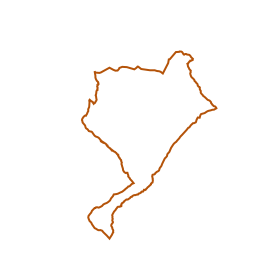 the district of Varfurile, Arad, Romania, rotated 134°
{"feature_id": "2599482B32847721384384", "entity_name": "Varfurile", "entity_type": "district", "adm_level": 2, "iso_a3": "ROU", "parent_name": "Romania", "parent_adm1": "Arad", "projection": "orthographic", "projection_center": [22.555, 46.342], "detail": "fine", "context": "isolated", "style": "outline", "palette": "amber", "viewbox_px": 256, "rotation_deg": 134, "n_neighbors": 0, "source": "geoboundaries", "source_scale": "gbopen_adm2", "svg_char_len": 5684}
<svg xmlns="http://www.w3.org/2000/svg" viewBox="0 0 256 256"><g transform="rotate(134 128 128)"><path d="M110.3,191.5L113.1,187.7L114.4,186.4L115.1,185.1L115.7,183.2L115.7,181.5L116.1,180.8L116.5,180.7L116.5,180.2L117.0,179.6L117.9,179.5L118.4,179.8L118.6,179.4L119.6,179.0L119.9,178.5L119.9,178.2L120.3,177.6L121.0,177.3L121.5,176.9L121.7,176.4L121.9,176.3L122.3,176.6L123.4,176.3L125.6,174.6L126.7,174.1L127.1,173.8L127.1,173.4L129.0,171.0L129.2,170.5L129.7,170.1L130.4,169.8L131.5,169.7L132.6,169.2L133.7,169.4L134.0,169.7L134.4,169.6L134.3,170.3L133.9,170.7L133.8,171.2L133.9,172.1L134.2,172.5L134.3,175.2L134.8,175.1L135.2,174.9L136.2,173.6L139.5,170.8L140.1,170.4L141.6,169.9L142.2,169.6L143.5,168.3L145.0,167.9L146.3,167.3L147.3,167.1L148.4,166.8L148.7,167.4L149.2,167.6L150.8,167.7L152.5,167.4L153.5,167.1L154.3,166.6L154.5,166.0L155.6,164.4L156.0,160.6L157.0,159.0L157.3,158.1L157.3,157.5L157.0,156.3L157.4,154.0L156.5,152.4L156.0,151.7L155.9,150.8L156.2,149.7L156.7,146.9L156.6,145.5L155.7,143.5L155.4,142.2L155.7,138.8L156.1,138.7L156.1,138.3L156.4,138.1L156.3,137.6L156.2,137.2L155.7,137.6L155.5,136.5L155.9,136.4L155.8,135.7L155.4,135.7L155.2,135.1L155.3,134.7L155.2,134.5L154.9,133.6L154.8,132.1L155.3,131.3L155.3,131.0L154.9,130.9L154.8,130.6L155.0,130.2L155.4,129.9L155.4,129.0L155.2,127.3L155.0,126.8L155.0,126.3L155.2,126.1L155.3,125.9L155.2,125.7L155.0,125.0L155.3,124.6L155.5,124.1L155.4,123.8L154.9,123.8L154.9,123.2L154.7,122.9L154.7,122.0L154.4,121.1L154.2,120.6L154.3,120.1L154.1,119.2L154.2,118.6L154.3,118.1L154.4,117.5L154.1,116.9L154.2,116.7L154.2,116.2L154.8,115.9L154.8,115.4L155.3,114.3L155.3,113.7L155.5,113.5L155.4,113.1L155.9,111.6L155.8,110.9L156.0,110.4L156.5,110.0L156.8,109.3L157.2,108.4L157.8,108.2L158.7,107.3L159.0,106.5L159.5,105.8L160.8,103.4L161.7,102.3L162.0,101.5L162.3,99.9L162.0,98.4L161.0,97.8L160.6,97.3L161.3,96.2L161.9,94.8L162.7,94.2L162.9,92.6L162.9,91.7L163.3,91.0L163.4,88.5L163.8,85.6L165.7,86.4L168.8,86.4L169.9,87.2L170.8,87.1L172.0,87.2L173.8,87.5L174.2,87.4L177.8,87.9L179.7,88.7L182.2,89.6L183.4,90.3L185.7,92.1L187.4,91.5L190.4,91.3L192.6,90.6L194.9,90.8L196.7,91.2L198.8,92.2L200.2,92.6L202.1,92.5L203.8,93.0L205.6,93.7L206.4,95.1L207.3,95.9L208.2,95.8L208.7,96.4L212.6,96.4L214.4,95.7L216.4,95.6L218.7,95.3L220.0,94.4L220.8,92.9L221.6,91.0L221.6,88.8L222.3,86.9L223.2,82.4L222.8,81.4L222.4,79.4L222.1,78.4L221.5,77.7L220.7,77.0L220.4,76.7L220.3,76.1L219.8,75.2L220.1,73.5L220.1,68.5L220.3,66.1L220.3,65.4L220.4,64.5L217.4,65.1L215.9,65.4L214.3,66.0L213.4,66.1L213.3,66.4L212.0,67.4L211.7,67.9L211.4,69.1L211.2,69.4L210.5,70.3L210.2,71.6L210.0,72.0L209.6,72.5L208.8,72.9L207.1,73.1L206.3,73.3L206.1,73.5L205.5,75.0L204.7,75.6L204.0,75.8L203.8,76.3L203.4,76.9L202.3,77.8L201.8,78.7L201.5,78.9L200.6,79.2L198.1,79.9L197.2,80.0L195.7,80.0L194.6,80.3L193.1,80.4L192.5,80.6L191.7,80.5L190.9,79.8L190.6,79.6L190.4,79.2L190.1,79.1L189.5,79.1L189.3,79.0L189.1,78.6L188.8,78.5L188.5,78.7L188.3,79.3L187.9,79.5L187.7,79.7L187.4,79.9L187.1,79.9L186.7,79.8L186.2,80.1L185.1,79.7L184.6,79.6L183.8,79.7L183.7,79.9L182.9,79.8L180.6,79.5L180.1,79.1L179.8,78.6L179.5,78.4L178.7,78.3L177.1,77.9L175.9,78.1L175.4,77.9L174.9,77.4L174.0,77.6L172.6,77.2L171.6,76.6L171.2,76.1L169.6,75.3L169.0,74.6L168.4,74.6L167.9,74.8L167.4,74.6L167.1,74.3L166.0,73.9L165.4,73.9L165.0,73.7L164.8,73.8L164.7,74.0L164.3,74.0L163.9,73.7L163.5,73.3L163.2,73.0L162.3,73.2L161.6,73.5L161.3,73.6L161.2,73.5L160.7,72.6L160.2,72.6L160.0,72.4L159.3,72.6L158.1,72.5L157.0,72.7L155.9,72.4L154.7,72.5L154.0,72.3L152.9,72.5L152.6,72.3L152.0,72.8L151.4,72.8L150.8,72.7L150.2,72.5L149.7,72.8L148.2,73.9L147.8,74.6L147.3,74.9L147.1,75.4L146.6,76.1L146.3,76.3L146.0,77.0L144.7,77.8L144.1,77.6L143.2,76.9L142.8,76.8L142.5,76.7L141.4,77.0L140.3,76.8L139.8,76.9L138.1,76.3L137.0,76.2L136.1,76.6L135.7,76.9L135.3,77.1L134.3,77.4L132.9,77.5L131.9,77.7L130.1,78.5L124.6,80.3L123.9,80.4L122.8,80.3L121.4,80.4L121.0,80.5L120.0,81.2L119.4,81.5L118.4,81.6L117.1,81.6L116.3,81.7L112.4,83.2L108.8,83.9L107.3,84.1L105.1,83.9L104.5,83.7L102.9,83.9L99.6,84.0L98.4,84.3L97.4,84.3L96.6,84.4L96.2,84.3L88.8,84.5L86.0,84.8L84.9,84.3L82.5,84.7L79.4,84.6L78.7,83.9L76.9,83.2L76.4,83.3L74.4,84.4L72.0,85.1L70.8,83.6L68.6,84.8L67.3,85.1L66.5,84.7L64.5,83.5L63.9,83.2L62.0,82.8L60.8,82.5L59.7,82.0L57.9,80.8L56.2,79.9L55.1,78.9L52.4,78.1L52.1,78.8L52.0,80.3L52.7,81.6L52.6,83.0L52.7,83.5L52.4,84.5L52.4,85.3L52.3,85.6L51.8,86.1L51.7,86.8L51.6,87.6L51.6,88.2L51.9,89.2L52.2,89.7L52.4,90.4L52.4,93.7L52.5,95.1L52.7,96.3L52.4,97.1L52.4,97.6L52.4,98.4L52.3,99.1L52.2,99.8L51.9,100.4L51.1,101.1L50.7,101.6L50.6,102.3L50.1,103.5L49.0,104.4L48.9,104.7L48.9,105.2L49.1,105.5L49.2,105.9L49.1,106.8L49.1,107.2L48.2,108.4L48.1,109.0L48.1,110.8L47.8,111.5L48.0,112.6L47.8,113.1L47.5,113.4L47.3,113.9L47.2,115.4L47.3,117.5L47.1,118.3L46.5,119.6L45.7,121.0L45.1,121.4L44.4,121.6L43.7,122.4L43.2,122.6L43.1,123.0L43.1,124.6L42.6,125.7L42.1,127.5L40.8,129.3L40.6,129.8L39.9,129.5L39.2,129.9L38.8,129.8L38.4,129.9L37.4,130.0L36.9,129.7L36.3,130.0L36.2,129.9L35.9,129.4L35.5,129.2L35.2,129.3L34.8,129.2L34.5,129.2L34.4,128.8L34.2,128.7L33.7,129.1L33.2,129.3L33.2,130.2L33.2,131.8L32.8,133.3L32.8,134.7L34.2,136.7L34.4,137.6L35.1,138.3L35.7,138.4L36.3,138.6L36.4,139.1L36.3,139.7L35.9,141.1L35.8,141.9L36.1,142.9L37.2,144.1L37.7,144.1L40.1,146.3L49.4,145.7L50.3,146.3L53.4,144.2L64.6,140.8L64.9,143.6L65.6,145.1L66.7,146.5L67.3,147.6L67.9,148.9L71.2,152.3L76.4,159.5L76.8,163.3L77.2,163.8L78.2,163.7L79.9,163.9L81.4,164.2L85.0,171.1L88.0,174.6L90.8,175.9L91.8,175.5L93.9,175.4L95.5,176.9L96.3,178.9L97.5,183.2L106.9,186.1L108.2,186.8L110.9,190.1L110.3,191.5Z" fill="none" stroke="#b45309" stroke-width="2"/></g></svg>